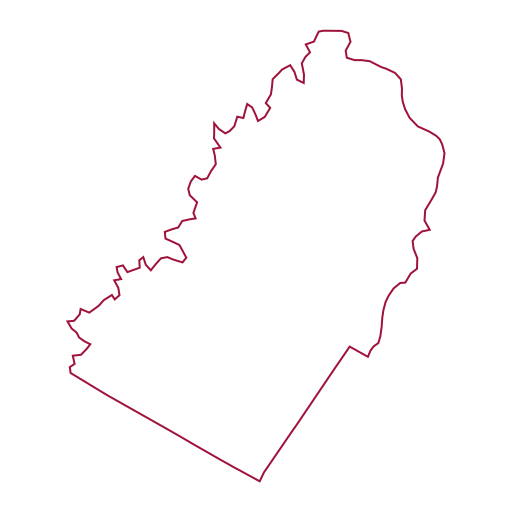 the district of Quinta do Sol, Paraná, Brazil
{"feature_id": "56859067B56550779588971", "entity_name": "Quinta do Sol", "entity_type": "district", "adm_level": 2, "iso_a3": "BRA", "parent_name": "Brazil", "parent_adm1": "Paraná", "projection": "robinson", "projection_center": [-52.151, -23.826], "detail": "fine", "context": "isolated", "style": "outline", "palette": "rose", "viewbox_px": 512, "rotation_deg": 0, "n_neighbors": 0, "source": "geoboundaries", "source_scale": "gbopen_adm2", "svg_char_len": 2044}
<svg xmlns="http://www.w3.org/2000/svg" viewBox="0 0 512 512"><path d="M70.6,373.0L96.3,388.6L107.9,395.6L135.0,410.9L171.8,431.7L180.0,436.4L193.6,444.4L220.2,459.6L233.2,466.9L259.7,481.3L263.9,472.5L293.1,429.8L296.4,425.2L335.0,368.0L338.6,362.8L349.7,346.6L367.9,356.8L370.5,350.6L373.7,346.3L378.3,343.1L380.3,336.4L381.6,327.3L382.3,317.6L383.4,310.2L385.6,301.9L388.6,295.8L393.5,288.5L400.2,283.0L405.3,282.6L410.7,273.5L417.0,268.8L417.3,258.1L413.6,248.9L412.6,241.0L415.7,236.6L421.8,231.5L429.7,229.8L424.5,220.5L425.2,210.2L432.1,198.7L435.7,192.3L437.0,186.5L437.9,177.6L443.1,163.5L444.5,153.2L442.2,144.4L439.7,139.2L436.2,135.8L429.1,131.5L417.8,126.4L409.6,117.8L405.2,109.4L402.8,101.9L401.8,95.2L402.0,88.4L400.8,79.3L395.0,72.9L386.4,68.8L381.3,67.1L369.7,61.2L361.2,60.1L354.4,60.1L346.8,57.7L345.7,50.6L350.5,41.8L348.3,33.0L341.5,30.9L323.4,30.7L318.7,31.6L313.9,41.6L305.8,44.4L310.0,52.3L305.5,56.8L301.8,63.3L304.0,74.7L303.7,83.0L296.9,79.6L294.4,71.8L290.2,65.2L282.1,69.5L278.7,73.2L272.7,79.1L271.9,87.6L270.9,94.4L265.8,103.1L270.2,107.9L264.8,116.9L258.0,121.0L255.5,114.5L252.2,107.5L247.2,104.0L244.9,111.9L243.4,118.0L237.3,116.7L234.3,126.3L229.7,131.0L225.4,133.4L218.9,129.0L214.2,123.3L214.2,132.1L214.0,138.4L220.4,147.6L213.2,148.9L214.8,155.6L215.8,164.2L211.1,171.0L207.2,178.3L201.6,179.6L195.0,175.9L190.8,181.5L188.2,188.8L189.8,195.3L197.1,202.3L193.4,212.9L195.6,218.4L189.8,219.3L182.2,221.0L178.2,227.5L171.9,229.3L164.8,231.9L165.5,238.6L174.2,242.5L179.4,245.0L181.9,249.5L186.3,257.7L182.5,262.4L173.1,259.5L167.4,257.1L161.0,258.3L156.1,263.7L150.8,270.3L145.8,264.8L143.3,257.1L139.3,260.3L139.7,267.7L127.4,272.1L122.9,265.4L116.6,267.1L117.6,272.5L121.1,279.1L114.2,280.3L118.3,287.9L119.5,295.2L114.7,299.4L111.9,295.0L103.7,300.2L98.9,305.6L95.0,308.5L89.3,312.6L80.6,309.0L79.7,314.4L74.1,320.8L67.5,321.4L71.6,328.5L76.6,332.6L79.1,337.5L84.4,341.3L90.3,344.2L86.7,348.9L80.9,354.8L72.8,355.7L74.6,363.9L69.8,367.1L70.6,373.0Z" fill="none" stroke="#9f1239" stroke-width="2"/></svg>